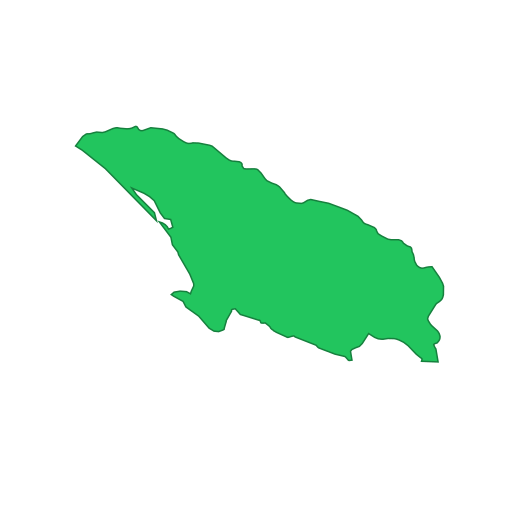 an SVG outline of Miranda, rotated 202°
{"feature_id": "VEN-47", "entity_name": "Miranda", "entity_type": "State", "adm_level": 1, "iso_a3": "VEN", "parent_name": "Venezuela", "parent_adm1": "", "projection": "albers", "projection_center": [-66.423, 10.291], "detail": "fine", "context": "isolated", "style": "filled", "palette": "green", "viewbox_px": 512, "rotation_deg": 202, "n_neighbors": 0, "source": "natural_earth", "source_scale": "10m", "svg_char_len": 3470}
<svg xmlns="http://www.w3.org/2000/svg" viewBox="0 0 512 512"><g transform="rotate(202 256 256)"><path d="M258.1,176.0L259.0,174.9L262.3,171.9L266.8,170.6L272.4,171.5L286.6,178.8L301.9,182.5L306.6,186.6L317.4,187.9L320.1,188.5L318.4,191.8L313.2,195.0L307.1,196.9L302.6,196.4L302.8,199.1L302.5,204.9L303.4,207.0L310.6,214.4L328.2,228.1L329.9,230.4L337.7,235.1L341.9,241.5L358.3,251.4L355.0,251.6L351.8,251.0L349.1,249.8L347.2,248.2L345.4,249.7L343.9,251.5L348.8,257.9L354.9,256.5L360.9,260.1L371.1,269.2L377.0,271.2L383.3,272.2L396.6,272.5L389.7,268.0L366.4,258.1L361.5,251.4L428.5,280.6L456.7,289.0L464.5,290.4L464.3,291.2L461.5,301.8L459.1,305.5L458.0,306.2L456.9,306.6L455.7,307.2L454.4,308.1L453.2,309.1L450.2,311.2L444.7,312.9L442.3,314.6L436.4,320.6L434.5,322.0L432.9,322.9L429.6,323.6L423.2,325.6L421.0,326.7L419.0,328.1L416.3,331.0L415.2,331.3L414.3,331.0L413.3,330.2L412.2,329.4L410.4,329.0L409.1,329.3L407.9,329.9L401.6,335.5L390.3,338.8L385.5,339.4L379.2,339.0L377.8,338.8L376.7,338.3L375.7,337.6L373.9,336.8L371.4,335.9L366.0,334.9L363.2,334.7L361.2,334.9L358.9,335.9L357.9,336.5L357.0,337.2L351.5,339.2L340.5,341.3L337.8,341.4L320.4,335.7L316.7,334.9L314.6,334.9L313.0,335.2L311.5,335.8L306.8,337.1L305.1,337.0L303.8,336.4L303.2,335.7L302.7,334.3L300.2,332.5L299.2,332.6L297.2,333.2L290.4,336.1L288.3,336.7L286.8,336.7L282.4,334.8L276.7,331.1L274.1,329.9L268.7,329.5L264.0,329.7L261.7,329.3L259.9,328.8L253.3,325.4L252.8,324.9L252.5,324.6L249.4,323.0L244.6,321.0L241.9,320.3L239.8,320.1L238.4,320.3L233.8,321.7L233.2,322.0L232.5,322.6L231.8,323.2L229.0,327.0L226.4,328.9L218.0,330.3L208.3,332.1L188.5,332.6L176.2,331.0L171.6,328.9L169.2,327.3L167.6,326.8L166.0,326.7L164.0,326.9L157.0,326.7L155.2,326.0L154.1,325.2L153.6,324.4L151.2,322.4L147.0,321.6L140.0,321.0L136.8,321.7L129.9,324.5L126.7,324.6L126.1,324.3L125.2,323.9L124.2,323.1L119.5,322.0L116.2,322.2L114.8,321.5L113.8,320.1L113.0,318.5L110.6,316.3L108.6,313.4L108.2,312.4L106.8,310.4L103.5,307.6L102.2,307.1L100.0,306.6L98.8,306.7L97.8,306.8L96.8,307.2L95.8,307.8L94.0,309.2L91.9,310.5L88.8,312.0L78.0,304.9L72.8,300.6L70.8,298.2L67.7,290.2L67.4,288.0L67.4,286.2L67.7,284.9L68.8,282.6L70.8,279.6L71.2,278.4L73.6,264.9L73.5,263.0L73.3,261.9L72.0,260.5L68.9,258.2L66.9,257.2L59.7,254.5L58.4,253.7L57.0,252.6L55.3,250.5L54.7,248.8L54.5,247.2L54.7,245.8L55.1,244.5L55.5,243.3L57.4,241.7L58.1,240.6L57.7,240.0L56.0,238.3L54.4,237.2L47.5,226.0L63.1,220.4L63.4,222.6L63.6,222.8L64.4,223.2L65.1,223.3L70.7,225.0L81.3,229.8L86.7,231.3L91.7,231.7L94.6,231.6L96.9,231.2L102.7,229.0L107.1,226.4L108.8,225.8L111.7,225.0L115.5,225.0L122.5,226.3L124.7,214.7L126.3,210.9L129.1,208.4L132.1,205.2L132.5,203.8L132.7,203.1L130.9,200.1L128.0,195.4L130.5,194.0L131.4,194.0L132.3,194.5L135.1,195.9L136.1,196.1L146.0,194.6L163.0,194.3L163.4,194.3L164.5,194.6L166.9,195.8L189.4,195.6L191.0,196.1L192.7,195.0L194.9,193.2L195.9,192.5L196.7,192.3L197.1,192.4L208.8,192.9L209.8,193.1L211.6,193.3L211.9,193.4L212.1,193.5L212.4,193.7L212.8,193.8L214.0,194.0L215.2,194.5L215.6,194.8L215.8,195.0L216.5,195.5L217.6,196.0L221.6,197.2L222.4,197.4L223.6,196.7L225.2,196.1L225.9,195.9L226.4,195.9L228.1,197.6L228.5,197.8L228.8,197.8L229.5,197.5L245.6,196.2L248.6,195.9L255.4,199.3L258.0,197.7L258.5,197.1L258.5,196.9L258.4,196.7L258.2,196.1L258.1,195.9L258.0,195.5L259.4,185.0L259.4,184.7L259.3,184.4L259.2,184.3L259.1,184.2L259.0,183.6L259.0,183.0L258.4,177.4L258.1,176.0Z" fill="#22c55e" stroke="#15803d" stroke-width="1.5"/></g></svg>